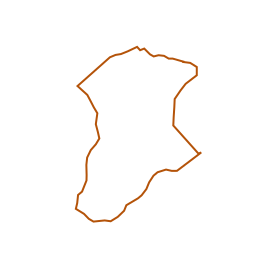 Buan-gun, North Jeolla, South Korea (Robinson projection), rotated 320°
{"feature_id": "91817680B44911241756091", "entity_name": "Buan-gun", "entity_type": "district", "adm_level": 2, "iso_a3": "KOR", "parent_name": "South Korea", "parent_adm1": "North Jeolla", "projection": "robinson", "projection_center": [126.66, 35.682], "detail": "fine", "context": "isolated", "style": "outline", "palette": "amber", "viewbox_px": 256, "rotation_deg": 320, "n_neighbors": 0, "source": "geoboundaries", "source_scale": "gbopen_adm2", "svg_char_len": 873}
<svg xmlns="http://www.w3.org/2000/svg" viewBox="0 0 256 256"><g transform="rotate(320 128 128)"><path d="M213.1,112.8L206.8,103.5L203.8,101.0L202.0,95.9L198.2,91.9L193.7,89.7L192.2,85.7L191.5,77.6L187.3,76.2L187.1,71.7L177.1,69.1L170.1,66.8L165.4,64.0L159.6,62.2L116.3,63.4L118.1,76.5L116.9,82.2L115.1,90.2L114.0,97.0L105.8,104.4L102.3,111.8L99.3,117.6L92.9,119.8L85.3,121.0L77.7,124.4L72.4,129.5L66.0,137.5L62.5,141.5L51.9,147.2L46.7,147.2L40.8,152.9L36.1,156.4L39.1,165.5L39.6,172.4L41.4,177.5L50.7,183.8L54.8,188.3L63.0,189.5L71.8,188.9L77.1,186.1L90.5,188.3L95.2,188.3L102.8,186.6L109.3,183.2L116.9,180.9L122.2,180.9L130.4,184.3L133.9,188.9L138.0,192.3L168.4,193.8L165.5,192.9L164.3,155.2L170.1,148.9L176.6,142.1L182.4,135.8L192.4,133.0L200.6,131.2L214.6,131.8L219.9,125.5L217.5,118.1L212.8,113.0L213.1,112.8Z" fill="none" stroke="#b45309" stroke-width="2"/></g></svg>